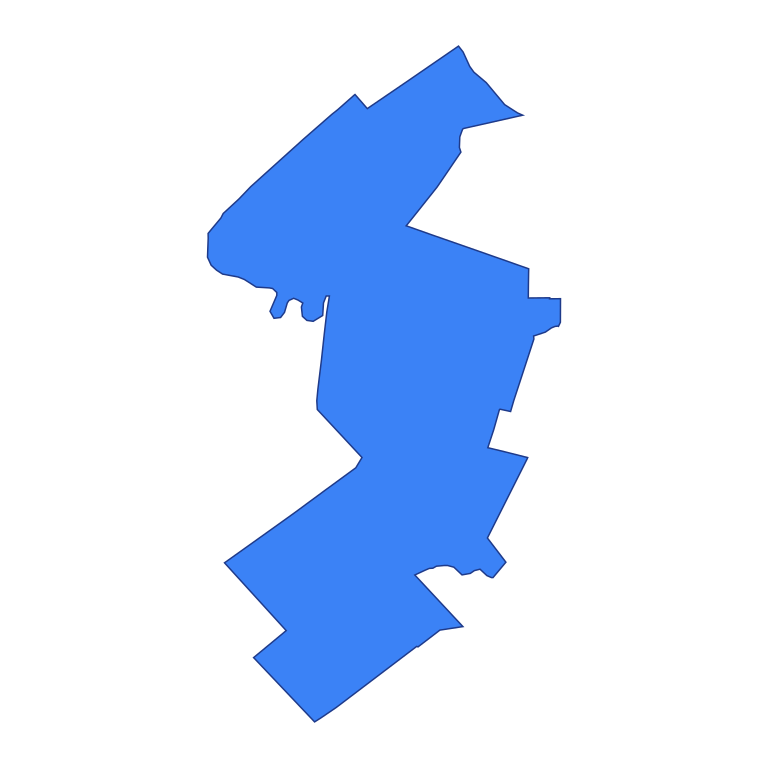 the district of Nenciulesti, Teleorman, Romania
{"feature_id": "2599482B65511789947174", "entity_name": "Nenciulesti", "entity_type": "district", "adm_level": 2, "iso_a3": "ROU", "parent_name": "Romania", "parent_adm1": "Teleorman", "projection": "robinson", "projection_center": [25.186, 44.017], "detail": "fine", "context": "isolated", "style": "filled", "palette": "blue", "viewbox_px": 768, "rotation_deg": 0, "n_neighbors": 0, "source": "geoboundaries", "source_scale": "gbopen_adm2", "svg_char_len": 1708}
<svg xmlns="http://www.w3.org/2000/svg" viewBox="0 0 768 768"><path d="M558.5,326.3L560.4,322.3L560.5,298.7L549.5,298.8L549.7,297.8L528.3,298.0L528.4,285.9L528.6,272.6L528.7,268.8L489.5,255.0L432.5,235.1L406.2,225.8L412.4,218.1L437.0,187.2L446.5,173.3L460.9,152.1L459.4,147.5L459.8,136.9L461.2,133.0L462.6,129.2L463.6,128.5L466.6,127.8L522.7,115.2L517.5,112.9L504.6,104.6L486.3,82.7L473.9,72.2L469.7,66.4L463.1,52.0L458.5,46.1L404.7,83.1L367.3,108.6L355.0,94.5L354.1,95.2L337.7,109.7L331.9,114.3L328.0,117.7L303.6,139.0L250.8,186.6L248.5,189.0L238.8,199.1L223.2,213.5L220.9,218.0L211.9,228.8L208.1,233.4L208.2,238.2L207.5,257.2L211.2,265.3L216.6,270.2L222.6,274.1L238.2,277.0L244.4,279.5L256.3,287.1L269.4,287.9L272.6,288.5L276.8,292.5L276.8,295.4L270.0,311.3L274.0,318.3L280.6,317.5L284.5,312.4L287.3,302.9L289.0,300.4L293.7,298.3L297.9,300.0L302.8,303.0L301.4,307.0L301.9,311.6L302.4,316.3L306.9,320.4L313.2,321.3L322.7,315.5L323.5,302.9L326.2,296.0L329.4,296.0L326.8,312.1L324.3,333.7L321.5,359.5L317.9,389.1L316.8,400.7L317.3,409.5L362.0,457.5L355.8,467.8L324.9,490.4L294.1,513.1L268.4,531.5L224.5,562.8L286.2,630.6L253.6,657.6L314.6,721.9L320.6,718.1L336.2,707.5L349.5,697.4L406.8,653.9L416.7,646.4L418.0,646.9L439.9,630.1L462.9,626.6L414.8,575.0L424.9,570.3L429.3,568.4L432.9,568.2L436.4,566.2L444.2,565.5L447.6,565.5L453.9,567.2L462.0,574.9L470.3,573.4L474.4,570.6L480.0,569.2L486.9,575.6L491.5,577.6L493.0,577.6L505.9,562.2L487.4,538.0L527.0,459.2L527.7,457.6L505.6,452.0L487.8,447.7L493.7,429.8L499.4,409.7L500.0,409.2L510.6,411.5L513.8,400.5L519.4,383.4L533.9,339.0L533.6,336.0L545.4,332.1L551.4,327.9L555.1,326.4L558.2,326.1L558.5,326.3Z" fill="#3b82f6" stroke="#1e3a8a" stroke-width="1.5"/></svg>